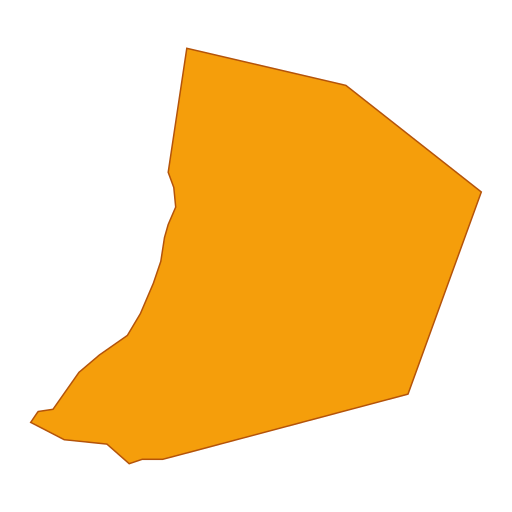 Cenac, Soufrière, Saint Lucia
{"feature_id": "8701671B19367701502123", "entity_name": "Cenac", "entity_type": "district", "adm_level": 2, "iso_a3": "LCA", "parent_name": "Saint Lucia", "parent_adm1": "Soufrière", "projection": "natural_earth1", "projection_center": [-61.044, 13.872], "detail": "fine", "context": "isolated", "style": "filled", "palette": "amber", "viewbox_px": 512, "rotation_deg": 0, "n_neighbors": 0, "source": "geoboundaries", "source_scale": "gbopen_adm2", "svg_char_len": 446}
<svg xmlns="http://www.w3.org/2000/svg" viewBox="0 0 512 512"><path d="M186.8,48.3L168.2,172.3L173.8,187.5L175.7,207.1L168.2,224.5L164.5,237.5L160.8,261.4L153.4,283.2L140.4,313.6L127.4,335.4L99.5,354.9L79.0,372.3L53.0,409.3L38.2,411.5L37.2,412.8L30.7,422.4L64.2,439.7L106.9,444.1L129.2,463.7L142.2,459.3L162.7,459.3L176.8,455.6L408.0,394.1L440.6,304.1L481.3,192.0L345.9,85.4L186.8,48.3Z" fill="#f59e0b" stroke="#b45309" stroke-width="1.5"/></svg>